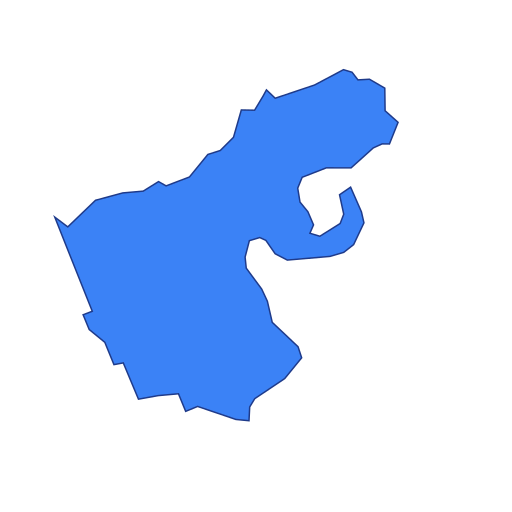 Pointe Coupee, Louisiana, United States of America, rotated 68°
{"feature_id": "52423323B80007668106022", "entity_name": "Pointe Coupee", "entity_type": "district", "adm_level": 2, "iso_a3": "USA", "parent_name": "United States of America", "parent_adm1": "Louisiana", "projection": "orthographic", "projection_center": [-91.606, 30.751], "detail": "fine", "context": "isolated", "style": "filled", "palette": "blue", "viewbox_px": 512, "rotation_deg": 68, "n_neighbors": 0, "source": "geoboundaries", "source_scale": "gbopen_adm2", "svg_char_len": 1062}
<svg xmlns="http://www.w3.org/2000/svg" viewBox="0 0 512 512"><g transform="rotate(68 256 256)"><path d="M144.6,428.0L177.0,428.2L245.9,428.5L245.7,438.3L261.7,438.2L279.4,428.5L303.5,428.4L305.4,419.1L344.7,418.6L348.8,399.0L354.7,379.5L373.7,379.4L373.6,366.5L400.0,335.9L406.1,324.2L393.6,318.4L387.8,310.6L380.4,275.3L367.5,251.8L355.9,251.0L323.6,265.8L302.2,262.4L288.8,263.1L263.6,269.6L252.9,266.5L239.3,256.4L240.3,245.6L245.2,241.0L261.1,237.4L271.5,228.5L284.1,187.5L285.5,173.3L282.0,161.2L265.7,143.5L254.6,141.7L227.6,142.5L230.5,155.6L250.1,159.0L257.4,165.8L261.6,189.4L255.1,197.5L248.7,191.0L234.4,191.3L222.5,195.0L208.7,191.9L200.3,183.7L200.6,157.8L209.9,134.8L199.7,106.7L199.3,97.1L202.1,90.3L185.3,74.2L169.7,81.9L148.6,73.7L134.6,84.6L130.9,95.5L121.6,98.1L116.0,105.1L119.4,137.7L116.9,179.1L105.9,184.1L110.5,189.7L120.3,202.7L115.1,214.9L137.5,232.4L144.8,249.6L143.8,262.6L157.8,288.1L157.3,313.1L150.5,318.5L153.6,336.3L147.6,355.9L144.2,383.9L158.5,419.6L144.6,428.0Z" fill="#3b82f6" stroke="#1e3a8a" stroke-width="1.5"/></g></svg>